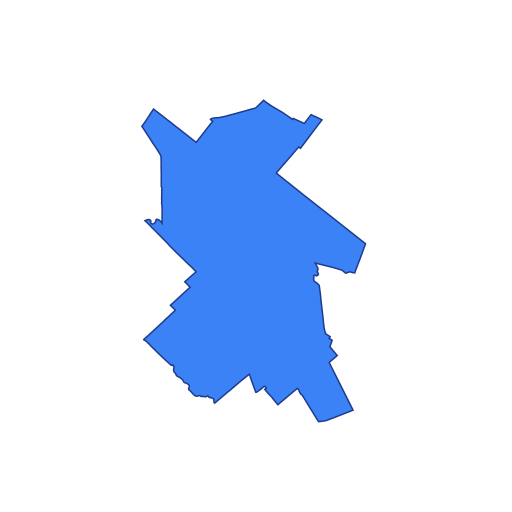 the district of Slobozia Ciorasti, Vrancea, Romania, rotated 217°
{"feature_id": "2599482B76113963406220", "entity_name": "Slobozia Ciorasti", "entity_type": "district", "adm_level": 2, "iso_a3": "ROU", "parent_name": "Romania", "parent_adm1": "Vrancea", "projection": "robinson", "projection_center": [27.208, 45.598], "detail": "fine", "context": "isolated", "style": "filled", "palette": "blue", "viewbox_px": 512, "rotation_deg": 217, "n_neighbors": 0, "source": "geoboundaries", "source_scale": "gbopen_adm2", "svg_char_len": 6118}
<svg xmlns="http://www.w3.org/2000/svg" viewBox="0 0 512 512"><g transform="rotate(217 256 256)"><path d="M343.6,385.0L344.4,380.1L344.8,377.3L345.3,374.2L345.7,373.5L346.7,372.2L349.3,369.0L350.4,367.5L352.3,364.9L353.6,363.3L356.2,359.9L358.8,356.5L362.0,352.5L362.7,351.6L363.2,350.9L363.8,350.1L364.3,349.4L365.1,348.5L366.4,346.9L367.5,345.9L368.0,345.2L369.4,343.7L371.1,342.3L372.7,340.8L372.9,340.6L373.5,340.0L374.4,338.6L374.5,338.2L374.6,337.7L374.0,337.6L371.8,337.5L371.7,337.5L371.7,336.9L371.8,334.0L371.9,327.4L372.0,320.0L372.2,310.8L375.7,310.8L381.6,310.9L382.9,311.0L384.7,311.0L390.8,311.1L393.8,311.2L394.4,311.2L396.7,311.2L398.7,311.2L400.2,311.3L404.2,311.4L404.6,311.4L405.2,311.4L406.1,311.4L408.8,311.4L412.3,311.5L414.0,311.5L416.0,311.6L419.1,311.6L421.0,311.6L423.9,311.7L426.3,311.7L426.2,310.4L426.1,308.4L426.0,306.5L425.7,303.3L425.5,299.5L425.3,296.7L425.2,292.0L425.2,290.9L418.0,288.3L415.2,287.3L411.6,286.0L409.1,285.1L406.9,284.2L402.9,282.9L399.1,281.5L396.6,280.5L395.2,280.0L394.1,279.6L392.8,278.9L392.3,278.7L391.2,277.7L390.1,276.2L387.1,272.4L385.2,269.8L382.8,266.8L380.5,263.8L378.2,260.7L377.1,259.3L373.7,254.8L373.0,254.1L371.7,253.5L371.1,252.0L369.9,250.6L368.3,248.3L366.6,246.1L366.0,245.1L364.7,243.7L364.2,243.0L363.0,241.1L362.3,240.6L361.6,239.8L359.1,236.8L357.2,234.3L354.8,231.0L352.7,228.3L350.7,225.7L352.5,226.2L354.3,226.4L355.0,226.4L355.5,226.2L356.5,226.1L357.1,225.8L357.5,225.4L357.7,224.9L357.6,224.6L357.1,224.2L356.8,222.2L356.8,221.2L357.1,220.4L357.5,219.7L358.1,219.1L358.7,219.0L359.7,219.0L360.2,219.2L360.6,219.7L360.8,220.3L361.1,220.6L361.5,221.0L362.1,221.0L362.6,220.9L363.1,220.9L363.7,220.6L364.0,220.3L364.4,219.8L365.2,218.7L365.8,217.8L366.0,217.4L362.3,217.0L358.8,216.5L356.8,216.1L352.6,215.6L346.8,214.7L345.1,214.5L342.5,214.1L339.3,213.6L336.4,213.2L334.6,212.9L332.9,212.6L332.7,212.5L332.5,212.4L332.4,212.4L330.5,212.1L328.9,211.9L326.1,211.5L321.5,210.8L318.7,210.5L314.0,209.9L312.1,209.7L309.3,209.3L305.4,208.8L302.9,208.6L300.2,208.3L297.2,207.8L294.3,207.3L295.8,200.4L297.4,192.5L296.8,192.4L296.3,192.4L289.9,191.4L290.2,189.7L294.5,166.2L294.7,165.6L294.7,165.1L289.3,164.4L287.9,164.2L287.8,163.9L287.9,163.3L288.0,162.8L288.4,160.6L288.7,159.0L288.9,157.9L289.1,156.5L289.3,155.3L289.7,153.3L289.9,152.2L290.2,150.9L290.5,148.8L290.5,148.4L290.5,148.0L291.3,144.0L291.9,140.6L292.6,136.5L295.4,121.7L294.9,121.5L293.9,121.8L293.4,121.8L291.5,121.7L289.0,121.4L287.4,121.2L286.3,120.9L280.6,120.2L275.6,119.5L273.6,119.3L269.7,118.8L267.6,118.6L266.3,118.4L265.5,118.4L265.1,118.3L263.2,118.2L259.7,117.8L258.2,117.7L257.7,118.1L257.3,118.2L257.0,118.2L256.9,119.0L256.0,118.7L255.0,118.2L254.5,117.8L254.2,117.3L254.0,116.8L253.9,116.3L253.6,115.7L252.9,115.2L251.9,114.2L251.2,114.0L250.6,114.0L250.1,113.9L249.5,113.7L248.5,113.1L247.8,112.8L247.0,112.7L246.6,112.5L246.2,112.6L245.7,112.8L245.1,112.8L244.6,113.0L244.1,113.0L243.5,113.0L242.4,113.1L241.5,113.1L240.7,113.0L240.1,112.9L239.3,112.6L238.6,112.3L237.8,111.9L237.4,111.8L237.0,111.9L236.7,111.9L235.8,112.2L235.4,112.4L234.5,112.6L233.6,112.7L232.3,112.6L231.6,112.5L231.3,112.3L231.0,111.9L230.7,111.5L230.4,111.0L230.3,110.8L230.3,110.2L230.2,109.9L230.0,109.5L229.6,109.0L229.2,108.8L228.6,108.7L228.2,108.7L227.7,108.7L227.3,108.7L226.5,108.6L225.9,108.5L225.5,108.3L225.0,108.2L224.5,108.2L224.1,108.1L223.2,107.9L221.6,107.7L221.2,107.7L220.8,107.6L220.4,107.7L220.0,107.9L219.6,108.1L219.3,108.2L218.9,108.4L218.6,108.6L218.4,108.9L218.0,109.5L217.5,110.2L217.2,110.5L216.9,110.6L216.4,110.7L215.9,110.7L215.3,110.8L215.2,110.8L214.8,111.0L214.3,111.5L213.9,111.9L213.5,112.1L213.2,112.3L212.8,112.5L212.1,112.9L211.5,113.2L211.2,113.5L211.1,113.8L210.9,114.4L210.7,115.0L210.4,115.2L210.1,115.2L209.8,115.3L209.3,115.1L209.0,115.0L208.6,115.0L208.3,115.0L207.9,115.0L207.5,115.3L207.1,115.6L206.9,115.7L206.5,115.8L205.6,116.1L204.9,116.4L204.6,116.4L203.7,116.1L203.0,115.6L202.3,114.8L201.7,114.0L201.1,113.8L200.5,113.6L200.3,114.4L200.1,115.1L198.6,121.8L196.5,131.1L196.4,131.4L195.8,133.8L193.6,143.8L193.0,146.5L191.5,152.5L190.6,156.1L190.2,157.6L181.4,151.7L174.1,147.0L173.7,147.3L172.9,149.5L172.4,151.2L171.9,152.7L171.7,153.4L171.6,153.8L171.7,154.3L171.5,155.2L171.1,156.2L171.0,156.6L170.8,157.0L170.6,157.2L170.2,157.2L169.8,157.1L169.2,157.0L168.9,157.0L168.3,156.9L168.1,156.5L168.8,154.7L164.6,153.8L163.2,153.5L161.7,153.3L158.3,152.7L157.0,152.4L156.8,152.2L149.0,150.4L145.1,167.7L144.6,169.8L143.2,175.2L142.0,175.0L141.9,175.0L141.3,174.8L140.5,174.2L139.6,173.7L138.4,173.1L137.2,172.7L136.3,172.6L135.5,172.7L135.2,172.6L134.1,172.2L131.0,171.0L123.8,168.1L117.6,165.7L112.2,163.6L109.5,162.5L107.2,161.7L106.2,161.4L102.2,165.4L101.4,166.2L100.7,167.1L99.9,168.4L97.0,172.9L91.8,181.4L85.7,191.3L86.3,191.6L133.5,215.0L131.2,225.4L142.3,228.0L144.5,234.6L147.5,234.2L148.2,234.3L148.0,235.4L148.2,236.2L153.6,235.8L154.3,236.5L155.1,236.9L157.6,238.9L159.0,240.3L161.7,243.1L164.9,246.6L169.7,251.6L177.4,259.7L182.4,265.1L184.0,266.7L187.7,270.5L190.8,271.1L194.4,270.8L195.4,271.7L195.6,272.0L195.9,272.1L196.2,272.3L196.5,272.7L196.6,273.1L196.8,273.8L197.1,274.0L197.5,274.5L198.0,275.2L198.0,275.5L197.8,275.8L197.4,276.1L196.3,276.5L195.9,276.4L195.7,276.5L195.6,276.9L195.4,277.2L195.1,277.5L195.1,278.1L195.1,278.7L195.3,279.2L196.6,279.9L197.3,280.0L197.6,280.3L197.9,280.7L198.0,281.2L197.9,281.5L198.1,281.9L198.5,282.3L199.0,283.4L204.4,286.0L187.8,293.1L178.9,296.4L175.3,296.3L174.4,296.2L174.0,296.4L173.6,296.6L172.9,297.8L172.0,299.3L171.3,299.9L170.5,300.3L169.7,300.5L169.1,300.7L166.9,302.0L167.2,302.5L172.1,319.3L175.9,331.7L201.5,332.3L223.6,332.8L234.1,333.0L249.0,333.3L254.2,333.4L258.5,333.5L259.3,333.6L264.5,333.7L269.0,333.8L271.5,333.9L279.4,334.1L282.4,334.2L285.5,334.3L289.8,334.5L288.4,354.9L287.5,368.8L285.3,368.7L285.3,374.1L285.3,376.5L285.3,384.7L285.3,396.0L285.2,404.4L287.2,404.1L289.9,403.6L297.1,402.0L297.2,390.9L309.1,388.3L309.1,387.1L321.2,386.6L333.3,385.2L339.3,384.9L342.9,384.9L343.6,385.0Z" fill="#3b82f6" stroke="#1e3a8a" stroke-width="1.5"/></g></svg>